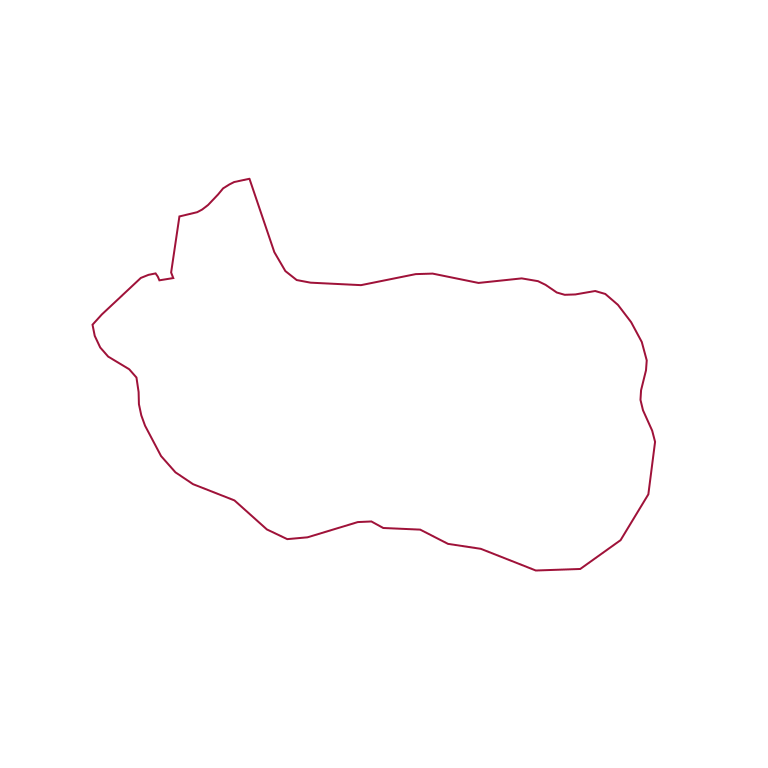 Upper River, Equal Earth projection, rotated 28°
{"feature_id": "GMB-2152", "entity_name": "Upper River", "entity_type": "Division", "adm_level": 1, "iso_a3": "GMB", "parent_name": "Gambia", "parent_adm1": "", "projection": "equal_earth", "projection_center": [-14.24, 13.404], "detail": "fine", "context": "isolated", "style": "outline", "palette": "rose", "viewbox_px": 768, "rotation_deg": 28, "n_neighbors": 0, "source": "natural_earth", "source_scale": "10m", "svg_char_len": 1040}
<svg xmlns="http://www.w3.org/2000/svg" viewBox="0 0 768 768"><g transform="rotate(28 384 384)"><path d="M168.9,266.0L225.3,319.1L243.9,330.6L258.1,333.2L271.6,329.0L317.3,307.5L360.4,272.1L375.1,263.7L420.0,250.4L456.0,226.1L471.7,220.9L480.1,220.6L493.6,222.1L501.7,220.4L510.9,215.1L526.7,202.8L537.1,200.6L553.4,204.3L573.2,213.4L591.9,225.9L604.9,239.8L608.9,248.9L613.9,268.8L617.9,277.6L619.5,279.4L625.0,285.6L642.7,299.3L650.5,307.8L669.2,357.3L666.2,410.8L644.1,455.2L605.6,477.4L546.8,484.1L515.6,495.1L484.3,495.6L450.9,511.5L437.4,511.3L425.7,518.2L388.4,555.3L371.4,566.4L348.9,567.4L306.6,557.0L262.4,562.1L241.3,559.9L221.0,552.3L192.6,533.0L184.4,525.6L177.1,516.9L171.1,506.3L162.4,494.5L152.1,490.6L127.6,489.3L116.3,485.0L106.0,477.3L98.8,468.5L102.2,455.1L119.5,404.5L124.8,398.2L130.4,393.6L133.9,395.4L137.0,397.9L148.2,389.4L143.7,385.5L124.7,332.1L138.4,320.0L141.5,315.4L144.6,308.6L148.5,294.6L150.1,286.8L153.8,280.4L156.9,276.0L168.8,266.0L168.9,266.0Z" fill="none" stroke="#9f1239" stroke-width="2"/></g></svg>